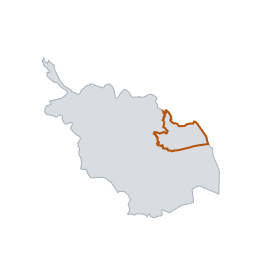 where Kandahar sits in Afghanistan, rotated 251°
{"feature_id": "AFG-1754", "entity_name": "Kandahar", "entity_type": "Province", "adm_level": 1, "iso_a3": "AFG", "parent_name": "Afghanistan", "parent_adm1": "", "projection": "orthographic", "projection_center": [66.2, 31.058], "detail": "fine", "context": "in_parent", "style": "outline", "palette": "amber", "viewbox_px": 256, "rotation_deg": 251, "n_neighbors": 0, "source": "natural_earth", "source_scale": "10m", "svg_char_len": 7657}
<svg xmlns="http://www.w3.org/2000/svg" viewBox="0 0 256 256"><g transform="rotate(251 128 128)"><path d="M114.2,73.6L118.7,73.2L121.8,73.8L123.5,75.3L125.1,75.7L126.6,74.9L127.6,74.8L128.0,75.3L128.8,75.5L129.9,75.4L130.6,75.8L130.8,76.8L131.7,78.0L133.3,79.4L134.7,79.8L136.6,78.6L137.2,78.7L137.5,78.3L137.7,77.5L138.8,76.7L140.8,75.9L142.0,75.2L142.4,74.7L143.1,74.5L143.8,74.6L144.3,74.4L144.7,73.7L145.4,73.4L146.1,73.5L149.0,76.1L150.1,76.9L150.6,76.7L151.9,75.2L152.1,73.9L151.6,72.2L151.9,70.8L152.7,69.7L154.4,69.0L156.9,68.6L158.4,68.7L159.0,69.3L159.8,69.5L160.8,69.6L161.6,68.9L162.4,67.6L162.3,66.0L161.5,64.0L161.7,63.4L162.9,62.4L164.2,60.9L165.4,59.0L166.5,56.7L167.9,55.2L169.7,54.6L171.9,55.1L174.6,56.8L175.7,58.9L175.2,61.5L175.2,63.0L175.7,63.2L178.7,62.6L179.1,62.9L179.1,63.7L178.7,64.8L178.4,67.9L177.9,75.5L179.4,80.0L180.3,81.8L181.2,82.3L182.1,82.5L183.0,82.2L184.7,81.0L187.3,78.7L189.9,77.2L193.6,76.3L194.8,73.9L196.4,72.3L200.3,69.8L202.4,68.8L203.6,68.5L206.7,69.2L207.0,69.9L206.8,70.6L206.0,71.3L205.7,71.8L206.1,72.1L207.3,72.2L212.5,70.2L213.6,68.8L214.7,68.6L217.0,69.0L218.7,68.7L219.6,69.2L221.9,71.1L221.2,71.2L220.3,70.9L219.7,70.3L217.6,71.3L215.4,72.8L215.4,73.1L217.7,74.8L213.5,77.1L211.6,78.4L211.1,78.5L208.0,77.6L199.7,78.5L193.4,79.5L191.0,80.7L188.7,81.3L187.6,81.9L186.8,83.0L183.5,85.6L182.9,86.5L180.9,86.5L179.0,88.9L176.2,91.8L175.6,93.1L176.1,93.7L177.7,94.7L178.5,95.6L179.8,98.2L180.3,100.0L181.1,100.8L181.6,103.0L180.9,104.3L180.9,105.0L182.0,106.6L181.8,107.1L181.1,108.0L180.0,110.2L178.0,111.9L177.2,113.3L175.8,115.0L175.2,116.3L174.6,117.1L173.9,117.5L174.1,118.2L174.8,119.1L175.8,120.0L175.9,124.0L175.4,125.2L172.8,126.4L170.2,127.0L167.0,127.1L165.8,127.0L161.3,125.7L160.0,126.5L159.7,128.2L162.4,131.0L163.5,132.6L164.7,135.2L165.6,136.5L165.4,137.8L160.9,140.9L158.0,141.2L156.2,141.8L155.3,142.5L154.7,145.6L154.1,146.7L154.2,148.0L153.6,149.5L152.7,150.5L152.1,152.1L152.8,160.1L150.2,163.3L148.7,164.5L147.3,165.1L146.1,164.9L144.6,163.1L143.5,162.5L142.5,162.6L141.4,163.3L139.7,163.1L138.3,162.5L137.6,162.6L137.1,163.2L135.6,164.6L131.8,166.8L130.3,166.9L129.6,167.5L129.9,168.3L130.6,169.0L131.8,169.5L131.9,170.1L129.9,171.2L128.0,171.9L125.7,172.2L123.3,171.8L122.1,170.9L120.7,170.8L119.4,171.5L118.0,172.6L116.1,175.4L113.4,177.2L112.7,178.9L111.9,182.1L112.1,186.7L111.8,188.8L111.2,190.1L111.3,191.2L112.3,192.4L111.9,193.2L111.1,194.0L110.4,194.5L95.2,198.9L92.7,199.0L91.4,198.8L87.1,198.7L85.3,199.0L83.5,199.6L82.2,200.3L81.2,201.4L79.4,200.8L73.7,199.5L58.4,200.5L57.0,200.2L35.9,192.4L49.6,177.3L50.0,176.0L50.2,173.4L49.5,169.9L48.2,168.3L36.8,166.0L36.5,163.3L36.8,162.1L36.7,159.8L36.8,158.0L37.4,155.1L37.5,153.8L34.6,140.6L34.6,139.4L36.9,136.5L39.7,133.7L39.6,133.1L38.3,132.7L36.3,132.6L35.2,132.1L34.4,131.3L34.1,130.1L34.8,128.0L34.5,123.9L36.8,120.6L40.0,120.6L38.5,118.0L38.2,117.7L38.1,117.3L38.2,116.8L39.1,116.7L41.1,115.2L41.3,114.3L43.0,112.1L42.9,111.0L44.1,108.3L43.6,106.4L43.6,105.4L44.8,104.8L45.7,102.2L46.1,101.6L46.2,101.0L46.0,99.9L47.1,99.8L48.0,101.2L49.6,102.7L50.6,103.1L51.9,103.4L54.7,103.0L55.3,103.1L58.2,105.7L58.7,106.3L58.9,107.3L59.4,107.7L60.5,106.7L61.5,106.4L63.4,106.8L64.5,106.5L69.4,103.5L69.8,101.6L70.3,100.5L71.0,99.8L70.3,97.6L70.6,97.1L71.2,97.0L72.8,97.0L80.2,94.7L82.1,94.7L82.5,94.5L82.7,93.9L83.2,93.1L86.7,91.4L88.7,89.6L89.5,88.2L92.9,76.9L94.6,76.0L96.4,75.3L102.4,75.1L103.5,71.6L104.1,70.8L105.1,70.0L109.5,72.5L114.2,73.6Z" fill="#d9dde1" stroke="#a8b0b8" stroke-width="1"/><path d="M132.0,166.8L131.7,167.0L131.2,167.2L130.8,167.3L129.9,167.1L129.5,167.1L129.3,167.4L129.4,167.6L129.6,167.9L129.8,168.1L129.9,168.8L130.1,169.0L130.4,169.2L130.7,169.3L131.8,169.1L132.3,169.2L132.4,169.9L132.2,170.2L132.0,170.3L131.5,170.3L131.2,170.4L131.1,170.5L130.9,170.7L130.0,171.3L129.8,171.4L129.0,171.5L128.5,171.7L127.7,171.9L126.7,172.3L125.6,172.3L124.9,172.3L124.7,172.3L124.4,172.2L123.9,171.9L123.6,171.8L123.3,171.8L122.8,172.0L122.5,172.0L122.2,171.9L121.9,171.8L121.9,171.6L122.0,171.5L122.0,171.4L122.0,171.0L121.9,170.7L121.7,170.6L120.9,170.6L120.4,170.8L119.5,171.3L119.1,171.6L118.7,172.0L118.4,172.3L117.9,172.3L117.5,172.6L117.1,174.4L116.8,174.8L115.5,176.1L115.2,176.3L113.3,176.6L113.1,176.8L113.0,177.0L111.6,182.2L111.6,182.9L111.8,183.5L112.2,184.0L112.3,184.2L112.3,184.5L112.4,184.8L112.1,187.0L112.1,187.9L112.1,188.2L111.2,190.1L111.0,190.7L110.9,191.0L111.0,191.2L111.5,191.5L112.1,192.1L112.5,192.4L112.6,192.6L112.4,192.7L112.1,193.2L111.7,193.7L110.6,194.5L109.4,194.9L108.6,195.1L107.8,195.4L107.0,195.6L106.2,195.8L105.4,196.1L104.5,196.3L103.7,196.5L102.9,196.8L102.1,197.0L101.3,197.2L100.5,197.5L99.7,197.7L98.8,197.9L98.0,198.2L97.2,198.4L96.4,198.6L94.4,199.2L93.7,199.2L91.3,198.7L89.4,198.7L86.8,198.6L88.8,188.1L89.3,185.0L89.5,179.8L90.3,171.8L90.3,171.3L90.5,168.8L90.7,167.9L91.2,166.3L91.4,165.8L91.4,165.7L91.6,164.3L91.8,164.1L91.7,164.0L91.5,163.9L91.4,163.8L91.4,163.6L91.7,162.1L91.7,161.9L91.8,161.9L92.0,161.7L92.7,161.0L93.0,160.7L93.2,160.0L93.2,159.5L93.3,159.2L93.5,158.9L93.9,158.6L94.2,158.4L94.3,158.4L94.6,158.4L95.0,158.6L95.5,158.7L95.8,158.6L95.9,158.4L96.1,157.7L96.2,157.3L96.1,157.2L96.3,157.0L96.3,156.9L96.4,156.6L96.5,156.3L96.5,156.2L96.6,155.8L97.0,155.5L97.2,155.4L97.3,155.3L97.3,155.2L97.5,154.4L97.9,154.6L98.0,154.7L98.9,154.7L99.1,154.8L99.6,155.1L99.8,155.1L100.0,155.2L100.3,155.1L100.1,154.6L100.2,154.4L100.3,154.3L100.3,154.0L100.3,153.9L100.6,153.8L100.7,153.7L100.6,153.3L100.5,153.0L100.5,152.8L100.6,152.7L100.9,152.5L101.1,152.4L101.3,152.2L101.5,152.0L101.5,151.8L101.6,151.5L101.6,151.3L101.8,151.1L102.2,150.5L102.3,150.4L102.5,150.3L103.6,150.5L103.8,150.5L104.0,150.4L104.1,150.5L104.0,150.8L104.0,151.0L104.1,151.9L104.0,152.4L104.0,152.5L104.4,152.5L104.4,152.4L104.5,152.4L104.8,152.0L104.8,151.9L105.0,151.8L105.2,151.7L105.3,151.8L105.9,151.9L106.0,151.9L106.3,151.9L106.6,152.0L107.3,152.1L107.9,152.1L108.1,152.2L108.2,152.4L108.3,152.6L108.6,152.8L108.9,152.8L109.8,152.9L110.2,152.8L110.3,152.7L110.3,152.4L110.4,152.2L110.5,152.0L110.8,152.2L111.0,152.2L111.9,152.1L112.0,152.0L112.1,151.9L112.4,151.7L112.8,151.9L113.1,151.9L113.3,151.8L113.6,151.3L113.7,150.9L113.8,150.8L113.9,150.7L114.0,150.6L114.4,150.7L114.5,150.7L114.5,150.8L114.7,151.0L114.8,151.1L115.0,151.2L115.2,151.3L115.3,151.4L115.3,151.5L115.2,151.7L115.2,151.8L115.3,152.0L115.2,152.1L115.1,153.0L114.9,153.3L114.7,153.6L114.6,153.8L114.1,154.0L113.9,154.1L113.6,154.8L113.4,155.2L113.2,155.5L112.9,155.7L112.5,156.1L112.4,156.3L112.3,156.5L112.4,156.8L112.5,157.0L112.5,157.3L112.5,157.8L112.6,158.1L112.6,158.3L112.4,158.6L112.2,159.1L112.3,159.3L112.5,159.5L112.6,159.8L112.6,160.2L112.6,160.3L112.5,160.8L112.2,161.2L112.0,161.3L111.9,161.4L111.4,161.5L111.1,161.7L110.9,161.9L110.4,162.3L110.4,162.7L110.5,162.8L110.5,163.0L111.1,163.4L112.2,164.6L112.3,164.6L112.9,164.2L113.2,163.8L113.4,163.7L113.6,163.5L113.9,163.4L114.2,163.4L114.3,163.4L114.5,163.4L114.7,163.5L115.3,163.3L115.5,163.3L117.2,161.8L117.4,161.6L117.5,161.6L117.6,161.8L118.3,162.3L118.5,162.6L119.1,162.9L119.6,163.0L119.8,163.1L120.0,163.3L120.3,163.5L120.6,163.7L120.8,163.8L121.0,163.9L121.5,164.0L122.1,164.2L122.4,164.1L123.4,163.8L123.6,163.7L124.2,163.4L124.6,164.0L124.8,164.5L125.0,164.6L125.3,164.7L125.5,165.2L125.6,165.3L125.8,165.4L126.0,165.5L126.1,165.4L126.2,165.2L126.3,165.1L126.5,165.2L127.1,165.5L127.4,166.0L127.5,166.3L127.4,166.4L127.3,166.6L127.3,166.8L127.5,166.9L128.1,166.8L129.1,166.8L129.4,166.8L129.6,166.7L130.3,166.4L130.6,166.4L131.1,166.5L131.3,166.5L131.9,166.8L132.0,166.8Z" fill="none" stroke="#b45309" stroke-width="2"/></g></svg>